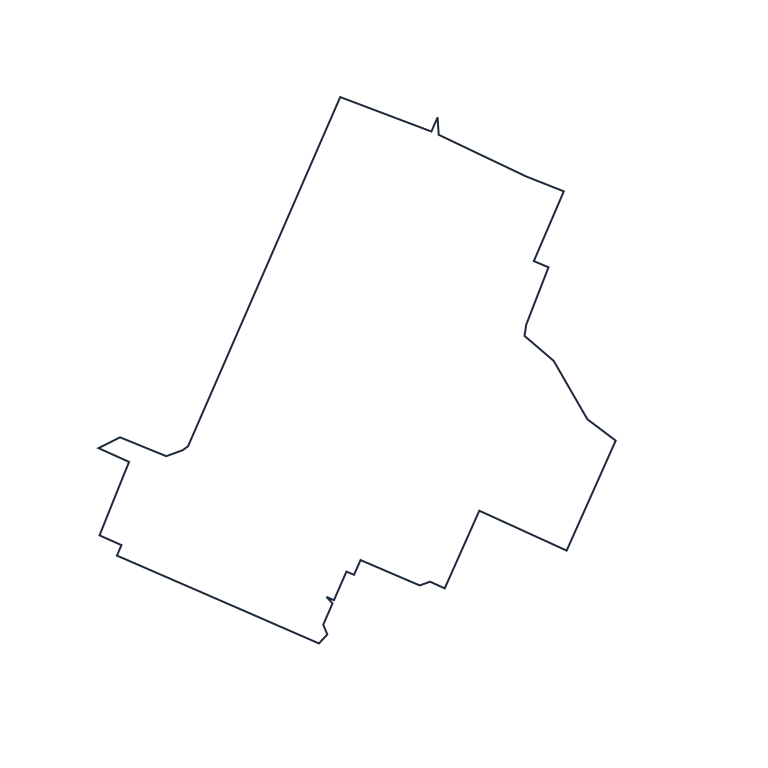 outline of Bullock, Alabama, United States of America, rotated 294°
{"feature_id": "52423323B93681408672805", "entity_name": "Bullock", "entity_type": "district", "adm_level": 2, "iso_a3": "USA", "parent_name": "United States of America", "parent_adm1": "Alabama", "projection": "natural_earth1", "projection_center": [-85.782, 32.093], "detail": "fine", "context": "isolated", "style": "outline", "palette": "slate", "viewbox_px": 768, "rotation_deg": 294, "n_neighbors": 0, "source": "geoboundaries", "source_scale": "gbopen_adm2", "svg_char_len": 634}
<svg xmlns="http://www.w3.org/2000/svg" viewBox="0 0 768 768"><g transform="rotate(294 384 384)"><path d="M190.6,183.4L130.0,185.7L130.0,209.7L118.6,209.8L119.7,330.1L120.5,430.1L132.1,434.1L139.4,426.4L162.6,426.2L166.1,418.1L166.1,426.2L197.3,426.0L197.5,434.2L213.6,434.2L214.5,498.5L222.1,506.5L222.0,522.6L307.0,522.6L306.1,618.6L426.5,618.7L434.5,584.1L474.1,529.7L485.1,492.8L496.0,489.8L557.5,486.8L557.2,470.9L633.1,469.9L631.4,429.1L633.9,332.6L649.4,324.5L633.9,324.6L628.3,227.3L247.4,230.3L241.6,227.0L229.5,214.4L227.9,164.5L209.3,149.3L209.1,182.8L190.6,183.4Z" fill="none" stroke="#1e293b" stroke-width="2"/></g></svg>